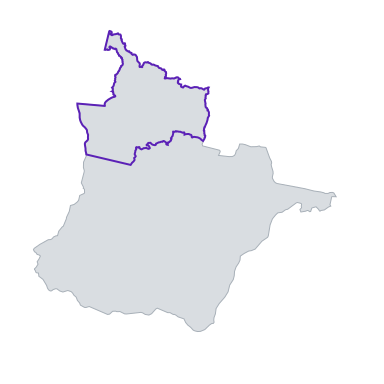 Katanga highlighted on a map of Democratic Republic of the Congo, rotated 193°
{"feature_id": "COD-1897", "entity_name": "Katanga", "entity_type": "Province", "adm_level": 1, "iso_a3": "COD", "parent_name": "Democratic Republic of the Congo", "parent_adm1": "", "projection": "albers", "projection_center": [26.036, -9.229], "detail": "fine", "context": "in_parent", "style": "outline", "palette": "violet", "viewbox_px": 384, "rotation_deg": 193, "n_neighbors": 0, "source": "natural_earth", "source_scale": "10m", "svg_char_len": 9662}
<svg xmlns="http://www.w3.org/2000/svg" viewBox="0 0 384 384"><g transform="rotate(193 192 192)"><path d="M323.6,252.4L296.4,256.4L296.9,258.0L296.7,259.6L295.9,260.9L293.2,264.3L289.0,267.4L289.0,268.1L291.0,271.6L292.3,276.4L291.9,284.8L292.5,287.0L292.4,288.8L291.0,290.8L288.2,300.9L290.0,305.7L295.3,310.4L298.3,313.8L303.6,315.0L304.4,314.9L304.8,312.0L309.0,311.0L308.8,329.0L308.5,330.0L307.7,330.2L306.7,329.6L306.4,327.9L305.3,327.2L300.2,329.3L298.9,329.3L297.5,328.9L296.5,327.9L296.2,326.6L292.6,321.3L290.9,320.9L288.9,316.2L280.9,312.7L277.8,312.4L276.2,311.4L274.6,307.6L271.9,305.2L271.3,302.6L270.8,302.2L269.1,302.7L267.7,306.9L265.9,307.9L262.6,308.0L254.3,306.8L248.4,304.6L246.9,304.8L244.5,302.8L243.5,299.6L244.1,297.1L243.6,296.7L234.6,298.9L232.4,300.1L230.4,299.8L229.8,299.1L230.6,297.4L230.2,295.6L229.5,294.7L226.9,294.0L226.0,292.0L224.4,291.8L223.8,292.1L223.4,293.4L222.5,293.9L217.1,293.3L211.4,295.1L203.9,294.7L200.4,296.8L199.9,296.7L199.1,295.7L198.4,292.3L198.7,291.4L199.8,290.7L200.2,289.3L199.8,285.8L200.1,284.9L199.7,282.9L198.5,279.6L196.9,277.0L193.5,273.1L192.8,271.2L193.0,266.8L194.0,259.7L193.8,254.5L192.4,251.1L192.0,247.4L192.9,240.8L192.0,239.3L174.7,238.9L174.0,238.5L173.6,237.6L174.4,233.6L163.9,234.8L160.7,235.6L158.8,237.2L158.2,239.3L158.2,242.1L156.6,244.9L156.3,249.5L153.4,250.1L150.5,250.1L144.9,249.3L139.4,250.7L136.8,252.0L135.4,251.4L130.5,252.0L129.8,251.7L124.0,242.7L121.5,239.7L120.9,238.2L121.1,236.8L120.4,235.0L117.7,230.3L117.1,228.2L117.1,224.8L116.8,223.6L114.4,220.8L112.8,219.8L111.1,219.4L82.8,220.6L73.4,220.4L66.6,221.0L63.2,220.9L62.2,220.5L59.1,221.2L57.5,222.5L55.1,223.2L53.6,223.0L50.5,219.8L54.5,219.0L54.8,218.7L54.7,210.6L53.6,209.5L55.7,208.0L59.0,204.3L62.4,202.9L62.8,202.2L63.5,202.2L64.8,203.6L67.8,205.5L71.3,203.6L71.7,203.1L72.0,199.7L72.9,199.3L74.5,200.0L75.4,200.0L76.9,198.9L81.4,197.0L82.9,199.2L81.7,201.3L82.3,202.7L82.5,204.9L83.2,205.4L86.9,205.5L87.9,204.9L94.9,196.7L96.8,195.8L99.7,192.5L103.7,191.0L105.4,188.4L107.6,183.9L108.5,177.5L107.8,166.4L108.1,164.9L112.8,159.8L117.6,150.6L121.0,148.2L123.5,147.2L127.4,143.8L130.5,140.4L129.9,136.4L130.6,133.1L132.2,128.9L132.7,124.4L132.0,119.8L132.1,115.9L134.3,109.8L134.4,102.8L136.4,96.9L140.4,89.4L142.3,83.9L141.8,78.5L142.3,74.5L142.0,72.1L141.2,70.1L141.6,68.8L143.2,68.3L145.1,66.2L148.6,60.8L152.4,58.1L155.1,57.3L157.9,57.3L159.8,57.7L162.8,59.8L166.2,61.4L168.8,63.4L171.3,66.6L177.4,67.2L180.0,68.4L181.6,68.8L182.1,68.5L183.4,68.6L186.2,69.5L188.5,69.0L199.7,71.0L200.9,69.9L204.0,64.3L206.3,62.4L210.1,62.2L213.1,63.2L214.7,63.2L228.4,58.4L230.2,58.1L235.2,59.3L238.4,58.5L239.7,58.7L242.5,57.9L244.8,54.5L246.7,53.7L266.4,57.3L269.4,55.6L270.9,55.4L275.3,56.7L276.6,58.7L279.2,60.5L281.1,63.4L284.0,65.0L285.5,66.6L287.2,67.7L290.8,68.1L295.3,65.5L298.5,65.8L301.7,67.2L302.9,67.2L305.3,65.7L306.6,64.1L307.9,63.7L309.8,64.4L311.3,66.0L312.6,68.2L317.5,73.3L322.2,75.4L323.4,78.5L325.1,78.3L326.0,78.6L327.2,80.5L328.0,80.9L328.2,81.7L327.0,83.5L325.8,87.0L327.2,89.2L326.0,92.3L325.3,95.5L326.8,96.3L328.8,96.3L330.6,98.0L332.0,98.3L333.5,100.1L333.1,101.6L328.4,106.8L321.3,113.2L318.9,113.9L317.7,115.1L316.8,117.0L314.8,118.6L313.2,119.2L313.0,123.9L310.6,128.8L309.7,129.7L308.4,137.6L308.6,139.0L307.2,145.5L307.4,151.5L304.0,153.4L301.6,156.4L300.6,158.4L300.6,163.4L296.8,166.3L296.5,167.0L297.4,170.5L298.8,171.1L298.8,172.3L301.9,176.0L301.6,187.5L301.8,188.7L303.3,191.4L304.4,196.7L303.1,203.3L307.2,215.6L305.3,220.0L306.1,224.3L308.6,228.8L314.3,233.3L315.9,235.1L317.3,237.6L318.7,241.4L323.6,252.4Z" fill="#d9dde1" stroke="#a8b0b8" stroke-width="1"/><path d="M303.4,204.8L303.9,206.1L305.0,208.2L305.6,210.6L307.0,214.0L307.3,215.3L307.1,216.4L305.5,218.7L305.2,219.7L305.2,220.3L305.7,221.9L306.1,224.3L307.5,226.3L308.2,228.3L308.5,228.9L309.0,229.4L310.9,230.9L313.0,232.0L314.1,232.9L316.2,235.4L317.1,236.8L318.2,239.2L319.2,243.5L322.2,248.4L323.3,251.1L323.6,252.4L296.6,256.2L296.3,256.4L296.9,258.0L296.8,259.3L296.3,260.6L294.4,263.1L291.9,265.5L290.6,266.5L288.6,267.5L288.3,268.0L288.6,268.6L289.9,269.0L290.4,269.3L290.7,269.6L290.7,270.6L291.4,271.2L291.5,272.0L292.2,272.1L291.7,272.4L292.0,272.9L292.2,273.5L292.3,274.7L292.5,274.9L292.9,275.2L292.9,275.4L293.3,275.8L293.0,276.0L292.9,276.2L292.7,276.9L292.3,277.8L292.3,280.4L292.1,281.0L291.4,282.1L292.2,283.0L292.3,283.3L292.1,284.0L292.1,284.4L292.5,285.4L292.3,286.0L292.3,286.6L292.9,287.3L292.8,287.9L293.2,288.4L293.2,288.7L292.7,289.2L292.1,289.5L291.1,291.3L291.0,292.4L290.8,293.0L290.4,293.4L290.4,294.1L290.0,294.9L290.1,296.0L289.9,296.4L289.9,297.0L289.3,298.0L289.3,298.3L289.4,298.9L288.9,299.2L288.2,300.3L288.2,301.4L288.5,302.2L288.9,302.7L289.1,303.6L289.0,303.8L289.4,304.3L289.5,305.3L290.1,305.7L290.2,306.4L290.3,306.6L290.5,306.5L290.8,306.6L291.2,307.3L291.6,307.1L292.0,307.8L292.9,308.3L293.2,308.4L293.7,308.3L293.8,308.4L294.0,309.1L294.9,309.7L295.4,310.7L296.3,311.2L296.6,311.6L297.9,314.2L298.4,314.3L298.9,314.1L299.0,314.4L299.9,314.1L301.1,314.0L301.8,314.6L302.7,314.7L303.7,315.2L304.6,315.4L305.0,315.0L305.0,314.5L304.4,314.3L303.9,313.6L304.3,312.2L305.8,311.5L306.2,311.5L306.6,311.9L307.6,311.5L308.1,311.1L309.0,311.0L308.8,329.8L308.6,330.3L307.4,330.3L306.5,330.0L306.2,329.7L306.0,329.0L306.3,328.9L306.3,328.3L306.8,328.1L307.0,327.7L306.8,327.3L306.4,327.4L305.6,326.8L305.3,326.8L304.9,326.9L303.8,327.9L301.7,328.7L300.4,329.5L299.9,329.9L299.7,329.9L299.4,329.3L299.0,329.1L297.2,329.3L296.6,328.6L296.3,328.0L295.9,325.8L295.7,325.6L295.2,325.4L295.1,324.9L294.8,324.8L294.9,324.2L294.6,324.0L294.3,323.3L293.1,321.7L292.5,321.1L291.9,321.0L291.7,321.1L291.3,321.7L290.9,321.8L290.7,321.7L290.7,320.9L289.8,319.8L289.7,319.4L290.3,318.8L290.3,318.4L289.7,317.6L289.0,316.3L287.6,315.1L286.4,315.0L285.6,314.5L285.2,314.6L284.8,314.9L284.5,314.6L284.2,314.1L282.3,313.9L282.2,313.3L282.0,313.0L280.9,312.4L280.5,312.3L279.9,312.9L279.4,313.0L278.1,313.0L277.7,312.8L276.0,311.1L275.3,309.1L275.2,308.5L274.6,307.3L271.9,305.6L271.5,304.3L271.5,303.1L271.3,302.4L271.1,302.1L269.4,302.5L268.8,302.4L268.6,302.6L268.8,304.0L268.2,304.7L268.0,305.3L268.0,306.5L267.7,307.1L267.2,307.6L266.6,307.9L266.0,308.0L265.0,308.0L264.4,308.6L264.1,308.7L263.3,308.2L261.6,308.0L261.0,307.8L260.3,307.2L260.0,307.1L258.9,307.2L258.3,307.5L257.8,307.4L257.3,307.4L256.4,307.0L253.7,307.0L253.4,306.9L253.2,306.4L252.7,306.1L251.8,305.4L251.1,305.5L250.0,305.5L248.5,304.4L247.8,304.4L247.6,304.8L247.2,304.8L246.9,305.1L246.6,305.1L246.4,305.0L246.3,304.8L246.4,304.2L245.3,303.6L245.0,303.2L244.4,303.1L244.2,302.7L243.8,301.5L243.8,301.1L244.0,300.6L243.5,299.5L243.5,299.1L243.9,298.5L243.6,298.2L244.1,297.8L244.1,296.6L243.9,296.5L243.5,296.6L242.1,297.3L241.2,297.4L239.1,297.6L238.6,297.6L236.9,298.3L236.3,298.4L235.2,298.5L234.7,298.7L234.1,299.3L233.5,299.6L233.1,300.2L232.6,300.2L232.0,300.5L231.4,300.5L230.3,299.7L229.2,299.6L229.0,299.3L229.8,299.0L230.6,297.8L230.6,296.9L230.6,296.6L230.1,296.1L230.1,295.9L230.4,295.4L230.3,295.1L229.1,294.4L228.3,294.4L227.5,294.2L226.7,294.3L226.4,293.0L226.5,292.5L226.2,292.1L224.9,291.8L224.4,291.8L224.1,291.9L223.8,292.9L223.2,293.3L222.9,293.9L222.5,294.1L221.3,293.8L219.7,293.8L217.5,293.2L217.0,293.1L215.7,293.4L213.2,294.8L210.5,295.3L209.3,295.2L208.2,294.6L207.8,294.6L206.9,295.1L206.4,295.2L205.3,295.0L203.6,294.4L203.1,294.5L202.6,295.7L202.2,296.0L200.8,296.5L199.9,297.4L199.6,297.6L199.3,297.6L199.5,297.0L199.5,296.3L199.3,295.0L198.9,294.1L198.6,293.8L198.6,293.2L198.2,291.7L199.0,290.9L200.4,290.3L200.4,289.5L200.5,289.3L200.2,288.9L200.2,287.2L199.7,286.5L199.7,286.2L200.1,285.3L200.2,284.5L198.6,281.0L198.7,280.5L197.9,278.0L196.9,277.2L196.4,277.2L195.6,276.2L195.4,275.8L195.3,275.3L194.9,275.5L194.7,275.0L193.8,274.0L193.4,273.4L192.9,270.9L192.5,270.3L193.3,267.7L193.1,265.6L193.4,262.0L193.7,261.0L194.0,259.0L194.4,258.1L194.2,258.0L194.5,256.8L194.5,256.2L194.4,255.5L193.9,254.6L194.2,254.3L193.5,253.3L193.2,251.7L192.6,250.9L192.4,250.0L191.7,249.7L191.7,249.4L191.6,248.4L191.9,247.8L191.8,247.2L191.9,246.6L192.7,244.2L194.7,245.0L195.4,245.6L196.4,246.0L197.9,246.4L198.9,246.5L202.4,246.2L203.1,245.9L204.0,245.2L204.3,245.2L204.8,245.7L205.1,246.8L205.5,247.3L206.0,247.5L207.1,247.5L208.1,247.8L209.1,247.6L211.2,246.9L212.2,246.2L212.7,247.9L212.9,248.2L213.2,248.3L214.3,247.7L214.8,247.8L215.5,247.8L216.9,248.1L218.2,247.8L219.8,247.8L220.7,247.4L221.3,247.7L221.7,247.5L222.0,247.0L222.5,246.7L223.9,246.6L224.0,246.3L223.5,245.1L223.5,242.2L223.9,241.6L224.3,240.1L224.6,239.7L224.4,239.4L223.9,239.1L224.2,238.3L224.1,237.4L224.2,237.1L224.7,236.7L225.4,235.4L226.3,235.1L226.5,234.9L226.7,234.3L226.5,234.2L226.3,233.5L226.4,233.3L226.8,233.2L226.7,232.8L226.5,232.5L227.3,232.5L227.7,232.7L227.9,233.0L227.9,233.9L228.1,234.2L230.0,235.1L230.7,235.3L231.2,235.3L231.6,235.1L232.0,234.3L233.3,234.1L234.4,233.3L235.7,232.8L237.7,231.1L237.9,231.0L237.9,229.9L238.2,229.6L238.6,229.3L240.2,229.2L241.3,229.3L242.4,229.8L243.5,230.6L245.6,230.0L246.1,228.9L246.1,228.4L246.8,227.9L246.8,227.6L246.6,227.3L245.1,227.5L245.0,227.4L244.5,227.2L243.4,226.0L243.0,225.3L243.3,224.8L243.9,224.3L245.0,224.3L246.5,224.7L246.9,224.6L247.8,224.1L248.8,223.9L250.5,222.4L250.8,222.2L251.5,222.3L252.8,222.8L253.1,223.0L253.2,223.7L253.5,223.9L253.8,223.9L254.6,223.2L256.0,223.3L256.3,223.1L256.5,222.7L256.5,222.3L256.0,221.3L256.0,220.9L256.5,219.6L256.3,218.3L256.4,216.4L256.2,215.6L255.3,214.8L254.9,214.1L255.3,213.1L256.0,212.1L255.3,210.7L255.2,210.2L255.8,208.7L257.0,207.0L257.9,204.6L303.4,204.8Z" fill="none" stroke="#5b21b6" stroke-width="2"/></g></svg>